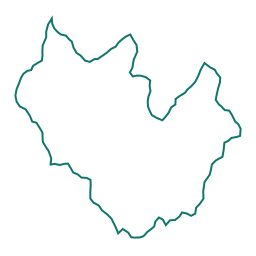 Ribeirão das Neves, Minas Gerais, Brazil
{"feature_id": "56859067B16245671145058", "entity_name": "Ribeirão das Neves", "entity_type": "district", "adm_level": 2, "iso_a3": "BRA", "parent_name": "Brazil", "parent_adm1": "Minas Gerais", "projection": "equal_earth", "projection_center": [-44.069, -19.777], "detail": "fine", "context": "isolated", "style": "outline", "palette": "teal", "viewbox_px": 256, "rotation_deg": 0, "n_neighbors": 0, "source": "geoboundaries", "source_scale": "gbopen_adm2", "svg_char_len": 1894}
<svg xmlns="http://www.w3.org/2000/svg" viewBox="0 0 256 256"><path d="M240.1,135.9L240.6,128.6L238.2,124.1L235.2,121.6L232.0,115.1L229.2,110.6L224.7,110.1L221.8,106.8L218.6,104.1L215.7,99.8L216.7,94.7L218.1,88.4L220.0,82.2L220.2,77.4L216.8,73.4L214.8,69.7L210.2,67.4L204.5,63.1L200.6,69.9L198.2,76.1L195.2,81.9L191.2,86.3L187.5,89.4L184.9,92.9L179.2,96.3L175.6,99.0L175.4,104.5L171.2,107.3L168.7,112.6L165.3,117.1L162.3,120.3L156.7,117.9L151.8,115.1L149.8,111.0L148.0,106.5L147.7,101.1L148.5,96.5L150.5,91.0L149.6,85.7L150.2,80.5L145.9,77.2L140.8,75.7L136.9,75.6L132.7,76.4L129.9,72.4L132.4,67.7L133.7,59.7L137.3,51.6L136.5,45.0L133.3,40.0L130.3,34.5L126.0,36.5L122.1,39.3L118.3,42.8L115.8,46.6L111.0,49.0L106.7,52.8L101.5,56.4L97.9,58.9L94.4,59.1L89.9,61.9L85.0,60.6L80.7,55.6L76.6,53.0L73.6,47.8L71.8,41.6L69.0,39.2L66.0,35.7L60.7,34.4L57.4,31.8L54.4,28.5L52.3,24.0L51.8,18.4L48.0,24.7L46.2,31.7L46.2,37.3L42.7,45.5L42.4,50.4L42.5,55.6L41.9,60.6L37.4,63.1L33.1,65.8L31.2,70.0L27.3,70.9L23.5,73.7L21.0,77.9L18.9,83.6L16.5,89.5L15.4,95.8L16.6,101.6L19.8,106.5L25.6,109.3L29.9,115.8L32.2,121.6L36.4,122.7L39.4,127.4L42.4,132.5L42.8,141.8L45.8,146.9L48.7,151.2L51.2,158.3L50.6,164.5L54.8,163.9L59.8,165.0L64.5,163.8L68.0,163.6L70.3,167.4L73.3,172.6L77.6,174.3L81.5,177.6L86.7,177.9L90.5,179.9L90.7,185.6L90.3,192.1L90.3,198.5L93.6,202.7L98.7,205.4L101.9,210.2L107.3,214.5L111.5,218.7L115.4,226.6L118.2,233.3L122.8,229.0L128.2,232.6L131.3,237.3L135.2,237.6L139.9,237.4L143.6,236.1L147.2,232.1L151.1,229.1L154.1,226.6L155.4,221.5L158.9,217.5L163.0,219.7L165.8,225.1L170.0,220.3L175.0,220.0L179.5,216.5L182.1,212.5L186.8,213.5L191.1,215.8L195.2,213.7L196.1,207.7L199.7,204.0L203.5,198.5L203.2,191.3L204.6,181.9L209.7,174.8L211.1,169.0L211.9,164.4L216.1,160.3L222.5,156.7L223.6,150.3L224.4,142.7L228.5,140.7L231.5,137.9L236.6,137.0L240.1,135.9Z" fill="none" stroke="#0f766e" stroke-width="2"/></svg>